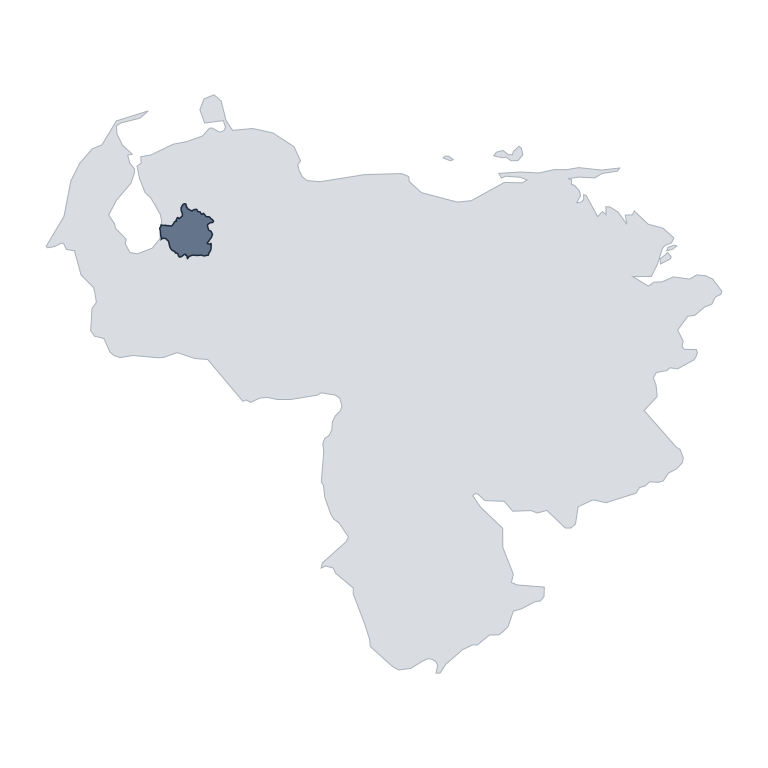 Trujillo highlighted on a map of Venezuela
{"feature_id": "VEN-29", "entity_name": "Trujillo", "entity_type": "State", "adm_level": 1, "iso_a3": "VEN", "parent_name": "Venezuela", "parent_adm1": "", "projection": "mercator", "projection_center": [-70.512, 9.496], "detail": "fine", "context": "in_parent", "style": "filled", "palette": "slate", "viewbox_px": 768, "rotation_deg": 0, "n_neighbors": 0, "source": "natural_earth", "source_scale": "10m", "svg_char_len": 6634}
<svg xmlns="http://www.w3.org/2000/svg" viewBox="0 0 768 768"><path d="M712.6,279.0L721.9,291.3L721.0,294.2L715.3,297.1L711.9,304.1L704.6,307.1L694.5,315.5L687.9,316.2L677.6,330.1L683.2,341.0L681.9,346.5L684.4,349.3L696.3,349.6L697.4,352.5L695.9,357.0L693.8,359.9L677.7,368.8L669.9,367.8L666.7,370.6L656.3,372.5L653.4,377.8L656.0,385.0L657.2,396.6L644.1,410.5L676.5,447.4L680.0,449.3L683.3,457.8L682.2,462.9L676.5,468.9L668.3,473.2L663.4,480.8L658.5,482.4L649.6,481.8L645.2,486.0L639.6,487.5L635.9,493.2L606.0,502.7L593.1,499.8L578.1,506.7L575.5,524.0L570.9,528.0L565.3,528.0L546.8,510.4L537.4,513.0L531.1,510.6L512.7,511.2L504.2,501.3L485.0,500.6L477.7,493.9L474.4,493.8L472.9,496.0L480.4,507.0L502.7,528.3L502.8,547.4L513.3,574.1L511.4,582.5L517.6,585.0L544.3,587.1L544.0,596.5L540.5,600.9L535.2,601.6L521.5,608.8L513.4,611.1L508.0,626.7L503.5,631.2L498.6,634.9L489.5,635.0L477.2,645.0L472.9,644.8L462.5,649.7L445.8,664.2L440.2,673.0L436.1,673.2L437.7,665.4L435.6,661.3L431.6,659.1L428.0,658.7L423.3,660.7L410.9,668.3L398.8,670.0L392.5,666.5L370.2,646.5L369.7,639.7L364.6,623.6L353.2,593.9L353.4,588.2L335.6,573.2L333.1,568.0L325.7,566.0L321.1,568.0L322.3,563.0L346.3,541.5L348.4,536.9L339.1,523.1L333.9,519.2L330.9,514.4L324.9,497.7L323.3,484.9L321.3,482.3L323.8,450.9L322.8,444.0L324.6,438.7L329.3,435.1L331.9,429.5L332.4,422.0L335.3,415.8L340.3,410.9L342.0,406.1L339.9,398.3L335.6,395.2L321.1,392.8L317.1,395.2L290.5,399.5L277.3,399.5L267.2,397.4L259.6,398.1L250.7,402.4L246.3,400.0L242.8,401.2L207.7,359.5L194.8,358.5L177.4,352.6L163.6,357.4L157.8,357.8L133.2,355.5L119.7,357.6L114.0,355.5L110.1,352.3L103.9,338.5L94.6,336.2L90.7,330.7L92.0,308.5L96.4,302.4L94.8,292.3L93.5,287.5L81.1,275.1L74.5,250.8L66.4,249.4L63.9,244.1L61.5,243.1L54.7,246.5L47.6,247.8L46.1,246.5L64.0,216.3L70.9,180.7L79.8,163.2L92.0,149.0L101.9,144.9L116.4,120.9L148.3,110.9L139.8,118.2L120.9,122.9L116.5,125.8L116.9,133.8L122.5,145.2L132.2,154.2L127.7,155.1L129.8,163.2L134.4,168.8L134.6,172.3L131.0,183.1L116.5,200.2L108.7,215.0L114.6,223.8L115.5,228.3L126.2,239.3L125.2,243.6L129.9,252.6L137.4,253.8L152.2,248.2L159.9,238.7L161.6,220.6L160.2,214.1L151.1,198.4L144.9,192.3L139.6,178.6L137.0,166.1L141.2,163.2L140.8,156.7L151.0,154.9L173.2,144.2L186.9,141.6L202.6,135.9L209.3,128.4L211.7,127.9L219.9,132.2L223.9,130.7L225.5,127.3L223.3,120.6L204.6,123.0L199.9,109.7L204.0,98.9L214.0,94.8L221.2,101.1L226.0,120.4L232.6,130.4L252.5,128.5L272.7,132.9L294.1,146.7L300.5,161.0L297.8,164.6L299.2,170.7L302.3,176.8L307.1,180.6L320.4,181.7L364.5,174.6L401.6,173.6L408.6,176.5L409.4,181.6L421.3,192.6L457.4,202.1L471.3,200.7L504.4,182.4L522.1,182.9L527.2,180.1L520.6,177.3L505.9,176.2L501.4,178.1L498.9,173.4L520.1,172.0L538.9,173.0L554.2,169.6L566.4,169.7L578.6,167.6L601.5,170.1L619.7,168.0L617.6,171.1L602.0,173.5L594.7,177.9L579.0,177.1L568.0,178.7L571.6,179.9L571.5,184.4L574.6,185.4L579.4,190.9L580.6,195.6L576.7,202.8L581.1,202.1L583.7,199.7L583.7,194.6L586.2,195.5L597.6,216.6L602.6,211.6L606.0,214.7L605.9,206.7L609.8,206.9L618.2,212.2L626.8,224.3L625.3,215.1L632.4,214.9L634.2,211.0L648.1,224.2L662.9,228.1L673.9,238.0L671.5,242.9L665.0,245.4L662.4,248.5L657.5,264.2L651.2,276.5L632.7,276.6L648.4,286.1L653.9,282.2L661.8,281.9L673.5,276.9L689.5,279.1L696.5,275.0L705.2,275.6L712.6,279.0ZM521.3,148.2L522.9,154.8L517.9,160.6L511.0,160.7L505.7,157.0L502.8,157.8L493.7,155.8L496.4,152.2L503.1,150.5L508.1,154.6L512.4,154.8L513.4,151.4L519.1,146.3L521.3,148.2ZM670.5,258.8L660.6,264.0L660.1,258.9L667.8,252.7L671.1,256.5L670.5,258.8ZM453.2,159.6L450.5,160.8L443.1,158.0L444.7,156.2L448.7,156.2L453.2,159.6ZM672.5,249.3L666.5,250.9L668.2,247.2L674.5,245.2L676.8,246.0L672.5,249.3Z" fill="#d9dde1" stroke="#a8b0b8" stroke-width="1"/><path d="M161.3,239.2L161.4,238.8L161.4,237.9L160.6,235.1L160.3,230.8L160.1,229.9L159.8,229.2L159.7,228.7L159.7,228.2L160.0,227.8L160.9,226.4L160.9,225.8L161.1,225.0L161.9,225.1L163.6,225.4L163.9,225.5L164.2,225.4L165.4,225.2L165.7,225.2L166.0,225.3L166.3,225.7L166.5,225.8L167.8,225.6L168.1,225.6L168.4,225.6L168.9,225.8L169.2,225.9L169.4,226.0L169.7,226.0L170.6,225.9L170.9,225.9L171.2,225.9L171.7,225.8L172.1,225.5L173.4,223.9L174.5,221.9L174.7,221.7L175.1,221.5L176.1,221.3L176.4,221.2L176.3,220.7L176.2,220.5L176.1,220.4L176.1,220.2L177.2,217.9L177.3,217.7L177.6,217.6L177.9,217.5L178.2,217.7L178.5,218.1L178.7,218.3L178.9,218.5L179.5,218.5L180.1,218.1L180.5,217.4L181.4,216.9L182.1,216.2L182.4,215.2L182.4,213.8L181.2,210.5L181.1,207.9L182.3,205.5L183.0,204.5L183.8,204.0L184.6,203.8L185.2,203.8L185.9,204.1L186.1,204.7L186.1,205.7L186.1,206.2L186.8,207.0L187.7,208.7L188.4,209.3L189.3,209.5L190.3,210.2L191.5,210.9L192.0,210.9L192.7,210.4L193.6,209.9L194.1,209.6L195.9,209.3L196.6,209.4L197.0,209.8L197.5,211.0L197.7,211.4L198.5,211.7L200.2,212.0L200.9,213.4L201.3,214.0L201.8,214.4L202.7,214.0L202.8,213.8L203.0,213.6L203.3,213.4L203.5,213.5L204.3,214.2L204.4,214.3L204.6,214.5L205.8,216.2L206.1,216.5L206.5,216.7L206.8,216.7L208.6,216.8L209.1,216.9L209.5,217.0L209.9,217.3L210.0,217.5L210.3,217.9L210.6,218.3L212.5,219.8L213.1,220.4L213.2,220.6L213.4,220.9L213.5,221.3L213.4,221.6L213.3,221.8L212.5,222.4L212.3,222.6L212.1,222.7L211.8,222.7L211.0,222.5L210.7,222.5L210.4,222.6L210.2,222.8L209.9,223.0L208.2,224.1L208.0,224.3L207.6,224.7L207.5,225.0L207.4,225.4L207.4,225.7L207.5,226.0L208.3,228.9L208.7,230.1L209.2,230.5L210.8,231.1L211.1,231.3L211.2,231.6L212.5,234.5L211.4,237.4L210.9,238.2L210.7,238.4L209.9,239.3L208.9,241.1L207.6,242.4L207.4,242.8L207.3,243.2L207.4,243.5L207.5,243.7L207.7,243.8L208.0,243.8L208.6,243.8L208.8,243.9L209.3,244.1L209.6,244.2L209.8,244.1L210.1,244.1L210.9,243.5L211.2,244.3L211.0,249.0L210.2,251.2L209.8,251.9L209.0,252.7L208.9,253.2L208.5,254.7L208.3,255.1L208.0,255.3L206.7,255.3L206.4,255.4L205.8,255.5L205.1,255.9L203.5,255.8L202.4,255.5L201.6,255.2L201.0,255.1L200.6,255.1L199.5,255.3L196.8,255.5L194.3,255.2L192.9,255.1L192.0,255.3L189.4,256.3L188.6,257.1L188.0,258.0L187.5,258.5L187.1,257.8L187.1,257.0L187.2,256.3L187.1,256.0L187.0,255.8L186.7,255.7L186.4,255.6L185.9,255.4L185.7,254.5L185.5,254.4L185.2,254.2L184.9,254.3L184.4,254.5L183.9,254.7L183.7,254.8L182.0,256.3L180.4,257.0L179.8,257.1L179.5,257.0L179.1,256.7L178.8,256.4L178.5,255.9L178.1,254.9L178.0,254.0L177.6,253.6L176.8,253.1L176.1,253.2L175.9,253.2L175.4,252.9L174.8,251.7L174.2,251.3L174.0,251.2L173.7,251.1L173.2,250.9L171.5,249.8L171.1,249.2L170.0,247.4L169.7,246.6L169.6,245.8L169.3,244.8L168.7,241.9L168.3,241.0L167.8,240.5L167.0,239.9L166.1,238.9L165.6,238.5L165.1,238.4L164.3,238.4L163.5,238.3L162.6,238.4L161.8,238.9L161.3,239.2L161.3,239.2Z" fill="#64748b" stroke="#1e293b" stroke-width="1.5"/></svg>